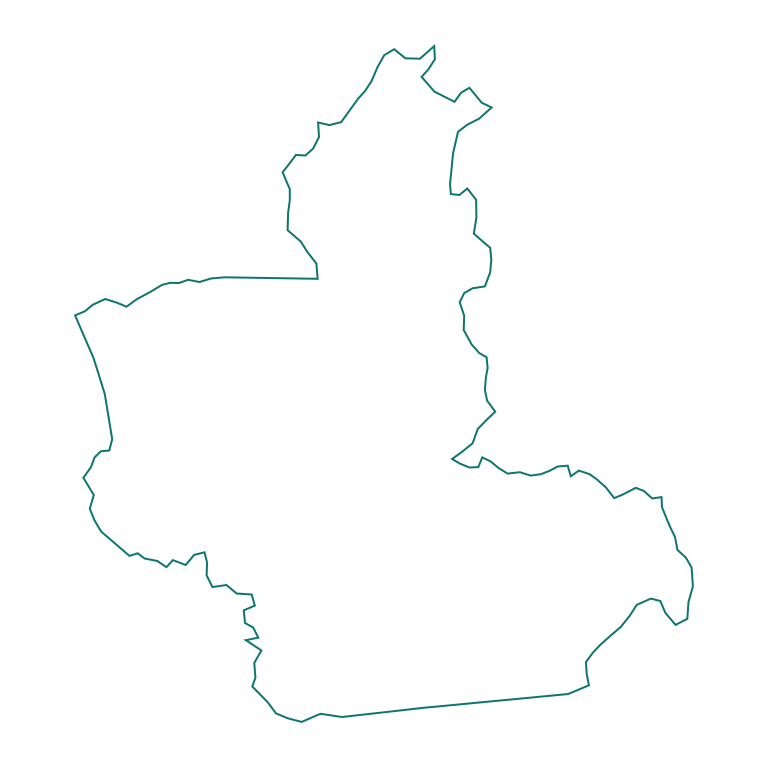 outline of Segredo, Rio Grande do Sul, Brazil
{"feature_id": "56859067B17752705849385", "entity_name": "Segredo", "entity_type": "district", "adm_level": 2, "iso_a3": "BRA", "parent_name": "Brazil", "parent_adm1": "Rio Grande do Sul", "projection": "mercator", "projection_center": [-52.922, -29.293], "detail": "fine", "context": "isolated", "style": "outline", "palette": "teal", "viewbox_px": 768, "rotation_deg": 0, "n_neighbors": 0, "source": "geoboundaries", "source_scale": "gbopen_adm2", "svg_char_len": 2284}
<svg xmlns="http://www.w3.org/2000/svg" viewBox="0 0 768 768"><path d="M101.2,531.6L129.5,555.9L137.6,553.3L144.6,558.5L157.4,561.0L166.4,567.2L172.9,560.1L185.7,565.0L194.1,554.9L204.5,552.3L207.1,562.6L206.6,575.3L212.4,587.0L226.4,585.0L236.6,593.5L251.7,594.5L254.8,605.6L243.8,610.3L245.0,623.0L253.1,627.5L258.3,637.6L245.9,640.2L261.4,650.5L254.3,662.9L255.4,677.8L252.3,686.5L267.6,702.1L276.0,713.4L288.1,718.4L301.7,721.9L320.4,713.8L342.1,717.0L422.5,707.9L568.2,694.0L588.9,685.3L586.8,674.6L585.9,662.1L593.0,652.5L600.4,644.7L611.1,635.2L620.8,626.9L629.7,615.8L636.8,604.8L650.9,598.6L660.3,601.0L665.4,612.9L675.6,624.9L687.3,618.8L688.5,602.0L692.9,586.4L691.6,567.6L685.8,557.5L677.5,550.0L674.9,536.7L670.4,527.6L666.5,518.3L662.0,507.2L661.5,497.1L652.2,498.5L643.9,491.0L635.8,487.8L621.8,495.0L614.2,498.1L605.8,487.3L596.5,479.1L589.7,474.2L578.9,470.6L570.8,476.2L567.7,465.7L557.7,466.5L549.2,471.0L540.8,474.2L530.6,475.6L519.9,472.2L507.6,473.6L498.7,468.1L490.7,461.5L482.3,457.4L478.3,467.1L469.4,467.5L459.7,463.5L452.1,459.0L461.9,451.9L472.6,443.3L477.8,428.9L487.1,419.4L495.2,411.7L487.1,400.6L484.9,390.0L485.9,377.3L487.6,368.2L486.6,357.3L479.2,353.0L471.8,344.7L463.7,330.0L464.2,315.8L459.7,302.2L464.2,293.1L472.5,288.3L484.9,286.4L490.2,272.3L491.3,259.5L490.2,247.8L483.7,242.3L473.8,233.6L476.4,217.6L476.1,199.8L467.3,188.5L459.4,195.0L450.9,194.1L450.0,184.0L451.4,170.7L453.0,153.6L458.0,131.8L467.3,124.7L479.2,118.6L491.6,107.5L481.8,102.8L469.4,87.8L461.1,92.7L454.5,101.8L434.5,91.7L421.6,76.9L428.3,69.4L434.9,59.3L434.2,46.1L419.9,58.7L405.4,58.3L394.2,49.2L384.2,55.2L377.4,67.4L371.6,81.0L365.0,91.1L358.5,98.2L350.0,109.9L341.2,122.1L329.5,125.1L318.1,122.5L319.0,137.0L313.1,148.6L305.4,155.5L295.9,154.9L290.2,162.6L282.6,172.3L286.2,180.8L289.8,189.1L289.8,200.2L288.1,212.8L287.6,230.2L300.9,241.7L307.4,252.0L316.4,263.6L317.6,278.8L224.3,277.3L211.0,278.5L199.5,282.0L188.1,279.8L179.1,283.0L170.3,282.8L162.2,284.8L150.0,292.1L137.1,299.0L126.5,306.7L116.7,302.6L105.2,299.0L92.9,304.7L84.8,311.3L75.1,315.4L80.8,328.7L93.3,357.5L97.2,369.6L104.8,394.1L112.2,439.2L109.3,450.5L100.8,451.3L94.6,457.4L91.0,467.1L83.4,477.8L93.8,495.0L89.8,508.8L94.6,520.5L101.2,531.6Z" fill="none" stroke="#0f766e" stroke-width="2"/></svg>